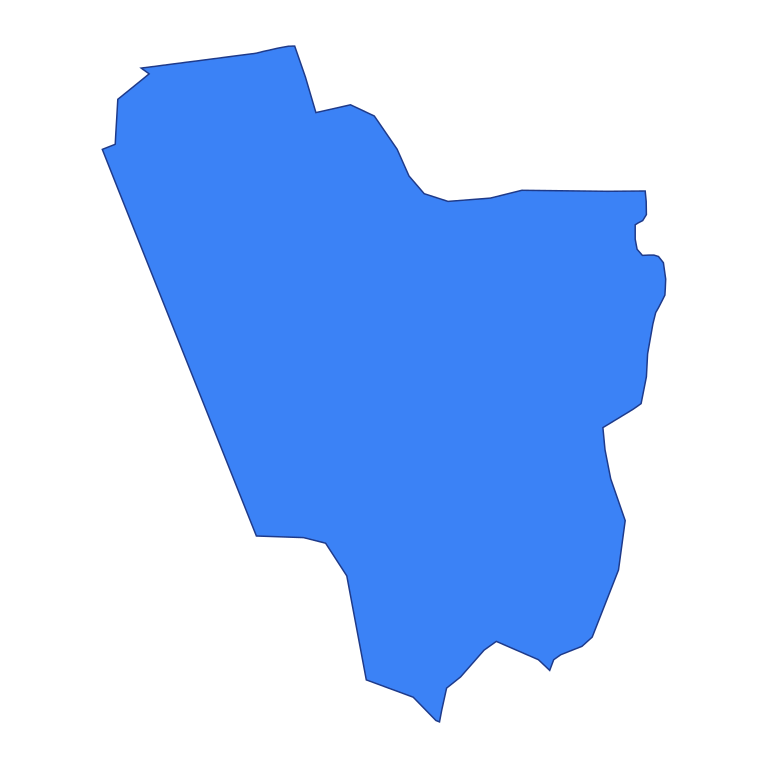 Kas, Southern Darfur, Sudan
{"feature_id": "16777658B26815240232488", "entity_name": "Kas", "entity_type": "district", "adm_level": 2, "iso_a3": "SDN", "parent_name": "Sudan", "parent_adm1": "Southern Darfur", "projection": "orthographic", "projection_center": [24.119, 12.446], "detail": "fine", "context": "isolated", "style": "filled", "palette": "blue", "viewbox_px": 768, "rotation_deg": 0, "n_neighbors": 0, "source": "geoboundaries", "source_scale": "gbopen_adm2", "svg_char_len": 1702}
<svg xmlns="http://www.w3.org/2000/svg" viewBox="0 0 768 768"><path d="M625.2,520.6L610.7,478.8L605.0,449.7L602.9,427.6L633.0,409.3L637.9,405.9L641.1,403.6L646.4,376.8L647.6,353.9L652.9,323.9L655.7,312.6L658.5,307.7L662.3,300.3L664.9,295.1L665.3,288.4L665.7,279.1L663.4,262.7L658.5,256.5L654.0,255.1L648.7,255.1L642.4,255.4L637.1,249.3L635.2,239.2L635.2,224.8L638.4,222.8L642.7,220.6L646.4,214.6L646.2,201.5L645.2,191.0L607.4,191.3L521.8,190.3L490.3,198.1L448.0,201.4L424.2,193.7L409.0,176.0L397.1,149.2L374.3,116.0L350.5,104.8L315.9,112.6L305.5,77.3L294.7,46.1L292.5,46.1L290.3,46.2L289.7,46.2L288.6,46.2L285.2,46.8L283.6,47.1L282.4,47.3L276.7,48.4L272.5,49.4L270.2,49.9L269.6,50.1L269.1,50.2L267.6,50.5L267.0,50.6L262.9,51.5L259.6,52.4L259.0,52.5L256.7,53.1L256.1,53.2L253.6,53.6L250.9,53.9L249.5,54.1L247.8,54.3L233.0,56.2L200.9,60.4L197.3,60.9L193.8,61.3L192.3,61.5L189.8,61.8L189.3,61.9L186.6,62.2L184.3,62.5L181.7,62.9L173.5,63.9L166.7,64.8L165.7,65.0L163.4,65.2L154.0,66.5L152.6,66.6L151.5,66.8L150.4,66.9L150.1,67.0L149.7,67.0L148.5,67.2L147.6,67.3L146.7,67.4L145.3,67.6L144.0,67.7L142.7,67.9L141.2,68.1L142.4,69.0L143.3,69.7L143.8,70.0L145.5,71.2L146.4,71.9L148.0,73.0L148.4,73.3L149.1,73.9L136.7,84.0L117.8,99.3L116.8,116.9L115.7,135.3L115.3,142.9L115.3,143.6L115.3,143.9L115.2,144.2L114.0,144.8L113.4,145.0L111.9,145.6L109.1,146.7L103.5,148.9L102.3,149.4L118.2,189.5L121.6,198.0L256.4,536.0L303.5,537.6L325.6,543.2L346.8,575.9L366.3,679.9L413.2,697.2L435.9,720.5L439.5,721.9L441.7,710.3L446.6,688.1L460.6,676.9L484.1,650.1L496.3,641.4L538.4,659.7L549.7,670.4L553.7,659.7L560.8,654.7L582.0,646.3L592.2,637.1L618.5,570.0L625.2,520.6Z" fill="#3b82f6" stroke="#1e3a8a" stroke-width="1.5"/></svg>